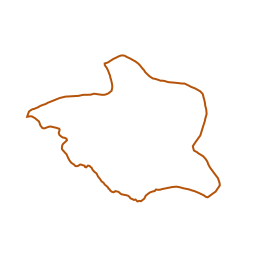 the district of Irele, Ondo, Nigeria, rotated 101°
{"feature_id": "59680162B53064832422435", "entity_name": "Irele", "entity_type": "district", "adm_level": 2, "iso_a3": "NGA", "parent_name": "Nigeria", "parent_adm1": "Ondo", "projection": "robinson", "projection_center": [5.017, 6.506], "detail": "fine", "context": "isolated", "style": "outline", "palette": "amber", "viewbox_px": 256, "rotation_deg": 101, "n_neighbors": 0, "source": "geoboundaries", "source_scale": "gbopen_adm2", "svg_char_len": 2901}
<svg xmlns="http://www.w3.org/2000/svg" viewBox="0 0 256 256"><g transform="rotate(101 128 128)"><path d="M73.3,160.1L75.6,158.4L77.9,157.0L79.9,155.7L82.2,154.8L83.7,153.9L87.6,152.2L88.1,152.0L89.0,151.7L90.3,151.3L91.8,151.2L94.6,151.2L97.7,153.8L99.2,156.0L100.0,157.8L100.1,158.4L100.4,159.9L100.6,163.8L100.8,167.3L100.8,167.8L102.1,170.4L102.4,170.9L103.2,174.4L103.5,176.0L104.0,178.3L104.4,179.2L104.7,180.0L105.9,182.7L107.4,188.6L109.1,195.3L111.5,200.6L113.4,203.6L114.6,205.4L115.7,207.1L117.7,210.2L118.5,211.5L120.4,213.7L121.2,215.4L123.2,218.5L125.1,220.6L125.5,221.3L125.9,221.9L127.1,223.7L127.8,225.4L129.0,226.7L129.8,227.6L130.7,228.3L134.1,228.9L136.2,229.1L135.1,226.1L135.0,224.5L136.1,221.2L137.9,217.9L138.6,216.6L142.2,214.5L144.4,212.0L144.3,209.9L142.9,207.7L141.7,205.6L141.3,204.0L141.4,201.3L141.5,198.0L141.7,196.9L141.9,195.3L143.2,194.7L146.0,195.1L148.0,193.9L149.4,191.3L149.8,189.8L149.7,188.5L150.2,186.6L150.2,186.4L151.7,185.6L153.6,186.9L155.8,188.6L156.9,189.0L157.3,189.2L159.4,189.2L161.3,188.8L161.7,188.4L162.8,187.0L164.4,184.9L165.6,183.2L167.9,181.7L171.0,179.3L173.0,177.0L174.2,174.0L175.3,172.5L175.4,171.5L174.9,170.3L174.4,169.4L173.0,168.0L172.9,166.7L173.2,165.3L173.3,163.4L174.5,162.7L174.6,161.5L173.5,160.8L172.5,160.1L172.6,158.4L173.5,157.2L173.9,156.2L175.8,154.8L177.3,152.8L178.7,150.1L181.2,148.3L183.5,145.6L185.5,143.7L186.4,141.6L187.9,140.1L189.6,137.1L190.4,136.0L191.2,135.7L191.7,134.4L192.8,133.5L193.7,131.6L193.9,130.2L193.2,129.0L192.9,128.8L192.4,128.5L192.4,126.4L192.5,125.1L193.6,123.3L194.3,121.7L194.3,116.9L194.5,115.0L195.3,113.5L196.6,112.1L197.0,109.9L197.5,108.6L196.8,107.0L197.5,105.9L198.3,104.8L197.5,103.1L197.3,102.5L197.4,101.3L194.2,98.5L191.1,97.7L188.4,95.5L187.6,94.6L186.8,93.8L185.3,91.1L184.9,89.8L183.1,88.9L182.9,86.3L182.2,84.2L181.4,82.8L180.2,79.8L179.4,78.0L178.6,75.9L177.6,73.6L177.5,73.2L176.7,70.6L176.3,68.9L176.3,65.4L176.6,62.3L176.6,60.6L176.6,59.2L176.6,56.6L177.0,54.0L177.3,50.5L178.1,46.8L178.1,46.5L178.9,43.5L179.6,40.8L180.8,38.2L180.8,36.5L176.5,32.5L175.5,31.6L173.8,29.9L166.8,26.9L164.1,27.8L162.4,28.8L160.1,30.1L159.3,31.0L156.1,34.6L151.0,40.1L148.3,42.3L145.9,43.7L143.6,45.9L141.3,49.0L139.4,54.2L138.6,55.5L137.5,59.0L136.4,59.6L133.4,60.9L132.7,60.6L129.1,59.1L121.6,55.6L114.2,54.8L108.9,54.2L106.6,53.9L103.9,53.9L99.2,53.5L94.6,54.8L91.9,56.2L89.2,57.1L86.7,58.1L80.3,61.2L78.2,64.1L76.3,69.8L75.6,73.9L74.8,76.4L73.6,80.8L74.1,84.0L74.5,89.6L74.9,93.6L75.3,97.1L75.1,99.4L74.9,100.6L75.0,103.6L75.4,105.0L75.0,107.1L74.6,110.7L74.6,113.3L74.3,113.9L73.5,115.9L72.3,118.1L70.0,121.6L68.1,123.4L67.4,124.4L66.5,125.6L64.2,128.2L62.7,130.4L61.2,133.5L60.4,136.1L59.3,139.3L58.5,142.8L57.7,145.0L57.7,146.3L58.1,148.5L59.3,150.6L61.6,153.6L63.2,155.8L67.5,160.2L69.1,163.2L70.6,162.8L72.1,161.4L73.3,160.1Z" fill="none" stroke="#b45309" stroke-width="2"/></g></svg>